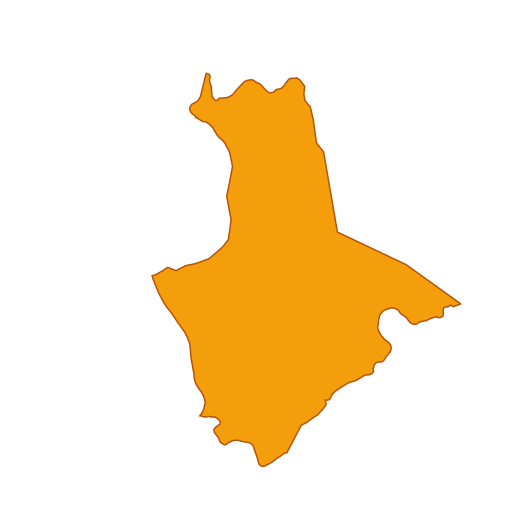 outline of Bosquet D'Or, Dennery, Saint Lucia, rotated 233°
{"feature_id": "8701671B26596683393313", "entity_name": "Bosquet D'Or", "entity_type": "district", "adm_level": 2, "iso_a3": "LCA", "parent_name": "Saint Lucia", "parent_adm1": "Dennery", "projection": "albers", "projection_center": [-60.913, 13.929], "detail": "fine", "context": "isolated", "style": "filled", "palette": "amber", "viewbox_px": 512, "rotation_deg": 233, "n_neighbors": 0, "source": "geoboundaries", "source_scale": "gbopen_adm2", "svg_char_len": 6036}
<svg xmlns="http://www.w3.org/2000/svg" viewBox="0 0 512 512"><g transform="rotate(233 256 256)"><path d="M162.2,115.0L161.7,115.6L158.9,117.5L157.7,118.9L156.8,120.8L156.1,122.1L154.5,123.2L153.8,123.9L152.7,125.6L151.6,126.6L149.8,127.3L147.2,127.8L145.6,127.8L144.0,127.0L143.5,126.0L143.5,124.1L143.5,121.1L143.3,119.3L142.8,118.2L142.6,117.8L142.3,117.5L140.6,116.8L139.9,116.6L133.0,116.7L131.5,116.1L130.5,115.7L129.3,115.5L127.6,115.7L125.0,116.8L124.0,117.4L123.5,118.1L123.6,121.2L123.1,123.3L122.9,125.5L121.1,128.8L120.1,130.2L118.8,131.5L117.1,132.7L114.3,135.1L112.5,137.0L110.6,138.7L107.2,139.5L106.3,139.4L104.1,138.8L100.2,137.4L97.0,136.6L94.0,135.5L89.9,133.8L87.8,133.2L86.9,133.2L85.0,133.8L84.2,134.3L83.5,135.4L83.0,136.6L82.4,140.4L81.9,142.6L81.7,148.7L81.9,150.8L81.7,152.1L81.5,154.3L81.5,156.5L81.6,158.9L81.4,159.9L81.2,160.6L81.1,160.9L80.2,162.1L93.6,190.4L92.6,196.1L92.4,204.7L92.1,209.6L93.4,216.9L95.1,222.6L99.3,224.7L97.9,226.3L97.7,226.6L97.6,226.9L97.4,227.7L97.3,228.4L97.4,228.8L97.6,229.4L98.0,230.3L98.4,231.0L99.6,233.6L99.8,234.3L99.9,235.5L100.1,236.8L100.2,237.9L100.2,239.8L100.1,241.1L100.0,243.6L99.9,244.3L99.8,246.3L99.6,248.5L99.4,250.4L99.2,252.7L99.0,253.9L98.6,255.2L98.3,256.1L97.6,257.5L97.1,258.7L96.8,259.6L96.4,261.4L96.1,263.4L95.8,266.8L95.7,267.6L95.5,269.7L95.2,271.4L94.9,272.0L93.9,273.5L93.7,273.8L93.3,274.4L93.0,275.2L92.4,277.2L92.3,277.5L92.4,278.7L92.5,279.0L93.0,280.2L93.2,280.5L94.2,281.0L95.1,281.6L95.7,282.0L96.2,282.6L97.6,284.6L97.8,285.0L98.2,286.1L98.3,286.5L98.4,286.8L98.4,287.2L98.4,287.6L98.2,288.4L98.2,288.8L98.1,289.2L97.9,289.5L97.0,290.8L96.5,291.5L95.9,292.5L95.7,292.9L95.7,295.1L95.8,295.5L96.0,296.2L97.3,299.4L97.6,300.2L97.7,301.0L98.0,303.0L98.3,304.1L98.6,305.1L98.8,305.4L99.0,306.2L99.2,306.5L100.5,307.9L101.2,308.5L101.6,308.8L102.2,309.2L102.6,309.4L102.9,309.6L103.7,309.8L104.0,309.9L106.7,309.9L107.4,309.8L108.5,309.5L110.2,309.0L111.5,308.6L113.5,308.4L114.6,308.4L116.2,308.2L117.2,308.2L118.5,308.3L119.1,308.5L119.4,308.5L122.1,308.9L123.9,309.3L124.7,309.6L125.4,309.9L126.1,310.5L127.0,311.4L127.9,312.5L128.3,312.9L129.1,313.6L130.1,314.5L131.1,315.5L132.5,317.2L133.2,318.0L133.8,318.7L134.1,319.2L134.3,319.6L134.6,320.2L134.8,320.8L135.4,323.2L135.6,324.3L135.4,326.5L135.1,327.4L134.3,329.7L133.8,331.3L133.5,332.1L133.4,332.4L133.1,332.8L132.6,333.4L130.9,335.1L130.2,335.6L129.9,335.8L128.6,336.4L127.8,336.7L126.9,336.9L126.2,337.0L125.7,337.0L124.3,336.8L123.9,336.8L122.8,336.9L121.6,337.3L119.3,338.1L118.0,338.6L116.1,339.0L115.6,339.1L114.8,339.0L114.3,339.0L112.9,338.9L111.9,338.9L110.6,339.0L109.1,339.3L108.3,339.6L108.0,339.8L106.7,340.8L106.1,341.4L105.7,342.0L105.3,342.7L105.1,343.5L105.0,343.8L104.9,344.7L105.0,345.9L104.9,346.3L104.8,346.6L104.7,346.9L104.7,347.2L103.3,350.3L102.6,352.0L102.4,352.4L102.0,353.1L101.8,353.4L101.7,353.8L101.7,354.4L101.4,356.5L101.3,357.0L100.9,357.9L100.7,358.8L100.4,359.5L99.6,362.4L99.4,362.8L99.1,363.0L98.4,363.6L97.7,364.0L96.8,364.9L96.6,365.0L96.2,365.7L95.6,367.6L95.6,368.0L95.7,369.2L95.8,369.5L97.2,371.0L98.3,371.6L99.2,372.2L99.9,372.7L100.8,373.7L101.2,374.3L101.4,374.6L101.5,375.0L101.6,375.6L101.5,376.0L101.5,376.4L101.3,376.8L100.6,377.6L100.1,378.3L99.8,378.9L99.7,379.7L99.7,380.1L99.8,381.1L99.8,381.5L99.7,381.8L99.5,382.1L99.1,382.3L98.7,382.4L98.0,382.5L97.6,382.6L97.3,382.7L96.9,383.0L96.8,383.4L96.1,385.2L95.9,386.0L95.7,386.8L94.9,389.4L94.5,390.4L94.8,390.6L158.7,370.7L226.1,335.4L298.4,372.6L309.9,372.3L330.5,383.8L342.2,389.0L350.8,388.7L356.5,391.6L362.1,397.0L370.1,397.0L374.0,395.6L374.1,394.9L374.7,393.7L376.6,391.1L377.2,390.2L377.4,389.1L377.2,387.5L376.8,386.1L376.3,384.5L376.1,383.4L375.2,381.2L375.0,380.3L374.9,378.9L374.7,377.5L374.9,376.7L374.9,376.4L375.3,375.4L376.6,372.7L376.9,371.8L376.5,370.9L376.4,369.2L376.4,368.5L376.8,367.2L377.6,365.7L378.8,364.7L380.1,364.2L381.4,363.8L382.2,363.7L383.1,363.7L385.0,363.3L386.1,363.3L388.5,363.1L390.2,362.8L391.8,362.4L394.3,360.8L395.5,360.4L397.1,360.0L398.2,359.5L398.7,359.2L399.4,358.6L400.5,356.8L401.6,354.4L402.1,352.6L402.2,351.4L402.0,350.1L401.8,349.0L401.5,347.2L401.3,345.4L401.0,343.8L400.7,342.5L400.5,340.9L400.2,339.7L399.9,338.4L399.5,337.2L399.1,336.0L399.0,334.6L399.0,332.9L399.3,330.8L399.6,329.6L399.7,328.9L400.2,327.8L402.4,324.0L403.5,322.4L404.1,321.5L404.1,320.8L403.8,320.0L403.7,319.2L403.9,318.0L404.7,317.2L405.3,317.0L406.4,316.9L407.1,316.9L409.3,317.0L410.3,317.3L411.3,317.7L412.2,318.4L412.9,318.8L414.2,319.5L415.3,320.2L416.8,321.4L417.7,322.0L420.4,322.9L424.0,324.3L424.9,325.0L426.0,326.5L426.9,327.3L427.7,327.7L428.7,327.9L429.3,327.9L430.0,327.4L430.7,327.1L431.6,326.5L431.8,326.1L416.6,307.4L415.1,303.3L415.1,300.0L415.8,296.0L414.6,292.7L412.7,291.1L410.5,290.5L408.3,290.6L404.5,291.7L403.5,291.8L402.9,291.0L402.1,291.8L400.1,292.5L398.8,293.1L396.1,294.0L395.5,294.4L394.7,295.2L393.8,296.3L392.8,297.0L389.2,298.1L387.8,298.2L386.5,298.4L385.0,298.7L383.4,298.7L382.4,298.4L380.8,298.3L379.1,298.0L377.7,297.9L376.6,297.8L375.3,297.7L372.3,297.9L368.5,299.0L364.0,299.0L362.0,298.5L355.3,297.6L341.7,291.2L330.9,279.3L321.4,268.6L299.9,257.9L285.8,243.9L283.3,234.9L282.1,217.0L286.2,203.4L290.8,193.6L292.4,183.3L292.8,183.2L293.9,182.4L295.2,181.6L296.6,180.7L297.8,180.1L298.5,179.6L299.4,179.2L300.0,178.6L300.2,177.4L300.3,176.4L300.3,175.6L300.4,173.8L300.4,171.9L300.8,169.7L300.9,168.4L301.1,167.4L301.1,166.2L301.6,164.5L302.1,162.8L302.9,161.3L298.3,159.4L297.7,159.7L295.8,158.9L285.5,156.1L274.4,154.3L269.1,154.0L263.5,154.1L258.0,154.0L249.6,153.5L246.1,153.5L238.1,153.2L232.1,152.2L227.1,150.7L225.2,149.8L222.7,148.4L220.5,147.1L216.3,144.3L214.1,143.1L211.6,141.7L206.8,139.3L202.7,137.2L199.5,135.7L197.8,134.4L194.9,132.8L191.9,131.6L190.0,131.1L184.8,130.5L179.5,130.4L177.6,130.2L174.9,129.5L172.3,128.6L170.7,127.9L169.5,127.2L168.6,126.5L168.0,125.3L167.7,125.0L166.4,123.6L165.2,122.0L163.8,119.8L162.9,117.5L162.2,115.0Z" fill="#f59e0b" stroke="#b45309" stroke-width="1.5"/></g></svg>